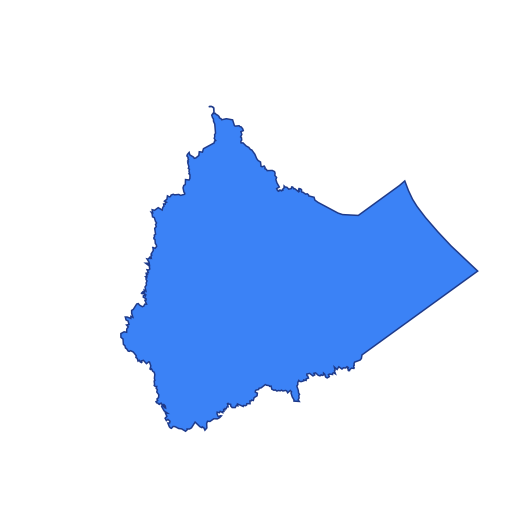 Karongi, Western, Rwanda (Equal Earth projection), rotated 144°
{"feature_id": "39286606B2179123121438", "entity_name": "Karongi", "entity_type": "district", "adm_level": 2, "iso_a3": "RWA", "parent_name": "Rwanda", "parent_adm1": "Western", "projection": "equal_earth", "projection_center": [29.451, -2.174], "detail": "fine", "context": "isolated", "style": "filled", "palette": "blue", "viewbox_px": 512, "rotation_deg": 144, "n_neighbors": 0, "source": "geoboundaries", "source_scale": "gbopen_adm2", "svg_char_len": 6162}
<svg xmlns="http://www.w3.org/2000/svg" viewBox="0 0 512 512"><g transform="rotate(144 256 256)"><path d="M380.7,287.3L386.7,284.9L388.6,285.1L390.3,282.7L391.6,278.8L392.7,280.7L394.0,279.1L396.1,282.4L397.6,283.5L398.7,280.7L397.7,278.6L399.0,275.3L401.3,276.3L401.0,273.7L403.5,272.9L405.5,270.3L407.3,272.2L410.9,272.7L413.1,269.6L412.4,267.0L415.2,262.5L414.8,260.4L415.7,258.2L415.2,257.2L415.3,254.2L414.5,253.3L413.1,253.1L411.7,250.4L411.5,245.8L412.8,244.5L412.3,243.0L413.2,240.3L411.8,240.3L411.9,238.4L411.3,237.1L410.7,237.2L410.3,238.5L408.4,237.8L407.9,233.3L404.8,233.4L404.5,232.8L405.7,228.9L408.2,226.9L407.9,226.1L407.0,226.4L406.9,225.7L407.3,223.6L406.7,221.7L407.6,219.5L410.1,216.8L411.0,214.7L411.9,214.7L413.5,211.8L414.5,211.1L414.1,209.6L413.0,208.8L414.6,207.5L414.3,206.0L416.2,204.3L416.2,200.9L418.0,198.8L420.2,198.5L420.5,196.8L422.5,197.0L422.7,195.7L421.9,194.7L421.8,193.5L421.1,192.5L420.3,193.1L419.2,192.7L419.4,191.1L417.8,190.0L417.6,187.9L418.5,186.1L419.0,186.9L419.2,189.8L419.7,190.3L420.8,189.8L421.4,184.7L420.0,180.8L421.6,182.1L422.4,178.6L424.9,178.2L425.3,175.5L423.3,175.6L422.7,172.9L424.0,171.7L425.5,172.7L426.5,168.8L426.3,167.2L425.7,166.3L423.3,166.8L421.8,165.6L419.9,161.8L417.8,159.9L416.0,155.6L413.6,155.9L413.4,156.5L411.4,155.1L409.2,154.9L402.9,157.4L401.7,150.8L400.7,149.0L399.9,149.3L399.2,147.6L399.7,145.1L396.8,145.8L394.3,149.6L392.4,150.8L390.5,149.2L385.8,149.1L382.9,146.9L380.5,146.6L378.0,147.0L378.8,147.8L380.2,147.8L380.9,148.9L380.2,151.4L379.2,152.5L377.8,150.7L376.3,151.4L375.0,148.8L374.4,149.7L373.3,149.1L372.4,150.8L371.5,149.8L370.8,150.8L370.0,150.0L368.1,151.0L367.2,150.4L365.9,153.3L365.2,153.2L365.2,152.3L363.7,150.9L364.6,149.5L364.4,147.4L361.9,145.6L359.5,146.7L358.8,145.5L357.9,147.1L354.8,141.8L354.0,142.4L352.3,141.0L351.1,141.0L350.2,141.9L347.6,140.0L346.1,142.3L344.8,141.6L344.3,142.0L343.1,140.7L340.8,142.5L337.3,142.3L335.5,144.2L336.6,146.2L335.9,147.2L334.7,147.5L332.4,146.4L331.4,147.2L329.3,146.3L324.0,146.5L323.5,145.3L321.6,143.5L321.6,142.5L320.3,141.9L321.5,139.0L320.4,136.8L319.1,136.3L318.5,134.5L316.7,133.9L315.7,132.7L314.2,132.5L313.6,131.0L311.0,129.8L310.5,128.6L310.8,126.7L307.3,127.1L307.1,125.2L308.2,124.6L309.5,120.7L309.8,117.4L310.6,116.3L306.5,112.9L306.4,114.9L304.6,115.8L303.5,117.9L302.1,118.5L302.1,120.1L300.8,122.4L299.4,126.8L297.7,127.4L296.7,129.0L294.5,130.2L294.2,128.6L293.1,127.7L290.5,126.9L290.2,127.6L288.6,125.9L287.6,127.1L285.3,126.4L284.7,128.4L285.1,129.3L284.3,130.6L281.6,129.5L280.4,125.5L278.3,125.3L278.2,127.1L276.5,126.4L275.8,123.0L274.7,121.4L273.1,121.6L272.7,120.5L271.4,120.1L270.2,121.6L269.9,120.0L270.8,117.2L270.1,115.5L267.6,115.3L267.1,117.5L265.8,117.2L263.7,115.1L262.9,116.1L261.7,115.8L261.0,114.0L260.1,117.0L259.1,117.2L257.9,120.1L257.1,116.5L254.1,117.7L252.9,114.0L251.0,114.2L249.4,112.8L247.4,113.0L246.9,111.6L247.9,111.4L247.9,109.6L248.5,109.6L248.6,108.9L247.7,108.3L246.8,109.0L244.6,109.1L242.9,107.5L242.3,107.8L242.4,108.5L241.4,109.9L240.7,109.9L240.1,111.2L238.6,112.2L232.9,110.6L231.0,111.1L228.4,113.7L85.5,113.5L92.3,149.7L94.7,168.8L96.3,187.6L96.6,201.5L96.0,209.9L94.2,219.4L91.5,229.3L98.5,228.7L149.4,228.7L161.6,238.6L164.4,242.5L174.3,262.9L175.5,266.6L174.5,269.4L178.0,273.6L177.6,274.5L178.0,276.2L179.5,276.9L180.5,279.9L181.3,280.6L181.1,281.8L180.3,282.5L180.4,283.9L181.5,285.3L182.2,285.0L182.1,284.2L183.1,284.1L182.9,282.9L183.8,282.8L185.1,287.8L185.9,288.1L185.8,290.3L186.6,290.9L187.8,289.8L190.2,290.8L190.6,293.4L191.9,294.7L192.1,296.1L193.3,294.6L195.6,294.2L195.6,293.5L197.2,293.8L197.5,294.9L198.3,295.0L198.3,296.1L198.8,295.1L199.8,295.2L200.1,296.4L199.7,298.4L196.6,298.1L196.1,302.8L195.0,306.2L193.2,307.4L193.4,310.1L191.9,311.8L191.4,313.4L192.6,315.7L196.8,318.5L196.7,320.1L197.5,321.4L196.6,322.3L196.5,324.0L198.6,324.6L199.2,325.6L197.1,329.4L198.2,332.1L198.2,334.4L197.1,339.0L197.1,344.3L197.9,345.4L198.0,348.1L199.3,350.8L200.0,355.1L201.6,356.3L200.9,357.7L199.4,358.2L198.2,360.3L198.5,361.4L196.0,362.7L195.1,365.5L192.6,364.9L192.0,366.7L192.1,369.1L193.0,370.2L193.1,371.3L196.5,373.3L196.8,374.3L194.9,379.9L199.3,384.5L203.7,386.4L203.6,387.8L204.4,389.2L203.9,390.6L204.3,392.7L204.9,393.5L205.2,395.5L206.9,396.2L205.3,397.2L203.1,400.5L203.2,401.5L203.6,402.4L204.2,403.3L205.4,404.2L206.5,404.5L204.1,403.0L203.3,401.1L203.6,400.1L205.5,397.1L209.0,396.0L209.9,393.4L209.8,392.1L211.2,389.9L211.8,387.0L216.6,379.1L218.2,378.5L219.1,376.9L220.7,375.7L220.8,373.1L221.9,373.4L223.5,372.1L235.4,373.7L238.3,371.5L240.6,373.7L243.2,370.9L247.1,370.7L248.5,371.3L248.4,372.7L250.1,376.8L249.2,379.1L251.8,378.5L253.1,377.6L253.0,375.6L253.9,374.5L253.9,373.6L255.5,373.0L255.4,371.9L256.4,371.6L257.8,367.7L259.3,366.6L258.9,365.3L260.4,364.0L261.1,362.1L261.9,362.0L261.7,360.5L263.9,357.6L265.5,356.8L268.1,359.3L271.2,355.4L273.0,355.5L275.0,354.0L276.7,350.2L276.7,348.7L277.5,347.9L281.3,349.3L282.3,351.2L285.9,353.3L286.7,354.6L288.9,355.2L290.3,354.4L291.4,354.8L292.3,356.7L294.7,354.3L297.8,354.2L296.8,352.1L298.4,352.2L299.0,351.3L300.2,352.4L301.2,350.4L302.7,350.2L304.9,348.3L306.7,352.6L311.3,352.6L312.8,354.5L314.2,351.7L315.0,352.9L315.1,351.5L316.7,348.5L315.7,346.8L317.1,342.7L316.8,341.7L317.5,340.8L318.7,340.7L319.4,338.4L321.7,337.9L324.5,332.6L326.0,332.7L326.8,331.2L327.8,330.9L328.5,329.9L328.0,328.8L330.1,325.3L330.1,323.5L330.8,322.1L333.1,321.5L334.7,324.1L334.5,323.2L335.9,320.8L339.8,319.2L339.8,318.0L341.1,317.7L342.0,315.8L342.7,317.2L343.1,316.5L343.5,317.2L345.3,317.0L345.9,317.7L346.2,313.8L347.3,311.7L347.7,313.7L349.5,315.0L348.2,310.8L349.6,307.9L351.1,307.8L352.2,308.9L352.9,305.8L355.0,306.6L354.8,304.8L355.8,305.1L356.3,303.6L357.5,304.2L357.3,302.7L357.8,302.9L358.8,301.5L358.8,299.9L360.7,298.8L361.7,296.9L364.0,296.2L365.7,292.3L366.5,294.2L367.5,292.4L368.3,293.6L370.5,293.2L370.3,292.4L369.1,292.4L367.9,289.4L369.0,288.7L369.2,290.1L370.3,290.2L371.4,289.0L370.1,286.1L370.8,285.0L371.9,285.5L372.8,281.4L374.3,282.4L376.3,281.4L377.8,281.8L379.1,284.8L379.2,286.7L380.7,287.3Z" fill="#3b82f6" stroke="#1e3a8a" stroke-width="1.5"/></g></svg>